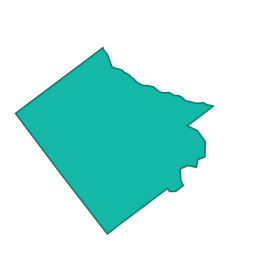 La Crosse, Wisconsin, United States of America (Mercator projection), rotated 143°
{"feature_id": "52423323B46619717381049", "entity_name": "La Crosse", "entity_type": "district", "adm_level": 2, "iso_a3": "USA", "parent_name": "United States of America", "parent_adm1": "Wisconsin", "projection": "mercator", "projection_center": [-91.275, 43.907], "detail": "fine", "context": "isolated", "style": "filled", "palette": "teal", "viewbox_px": 256, "rotation_deg": 143, "n_neighbors": 0, "source": "geoboundaries", "source_scale": "gbopen_adm2", "svg_char_len": 852}
<svg xmlns="http://www.w3.org/2000/svg" viewBox="0 0 256 256"><g transform="rotate(143 128 128)"><path d="M189.4,56.1L133.0,56.0L133.0,52.2L127.9,48.6L118.4,48.9L117.5,54.1L110.9,63.9L102.8,62.0L97.0,55.5L91.2,60.7L83.9,58.7L74.5,70.7L74.2,84.0L79.3,94.0L46.8,94.1L47.1,94.8L50.8,98.9L51.4,100.0L52.4,102.5L52.8,103.0L56.3,105.0L59.2,107.3L62.5,111.6L65.2,114.6L65.8,115.7L66.3,119.4L68.1,123.5L68.4,123.8L69.9,124.6L71.2,125.8L71.7,126.6L72.9,129.8L74.2,132.0L77.4,133.9L79.8,136.0L81.4,139.0L82.1,141.6L82.8,145.3L85.8,148.7L86.6,150.0L87.3,150.6L89.1,151.7L91.3,154.2L91.9,156.1L93.3,158.3L93.9,163.9L94.8,166.6L95.1,168.7L96.5,172.9L97.5,174.6L98.1,178.2L101.0,182.0L103.9,185.8L103.9,186.5L100.3,198.8L100.5,203.8L100.2,205.4L99.6,207.2L209.1,207.4L209.2,131.3L208.3,55.8L189.4,56.1Z" fill="#14b8a6" stroke="#0f766e" stroke-width="1.5"/></g></svg>